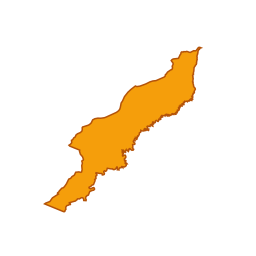 Centro Novo do Maranhão, Maranhão, Brazil, rotated 202°
{"feature_id": "56859067B37138273453889", "entity_name": "Centro Novo do Maranhão", "entity_type": "district", "adm_level": 2, "iso_a3": "BRA", "parent_name": "Brazil", "parent_adm1": "Maranhão", "projection": "orthographic", "projection_center": [-46.631, -3.068], "detail": "fine", "context": "isolated", "style": "filled", "palette": "amber", "viewbox_px": 256, "rotation_deg": 202, "n_neighbors": 0, "source": "geoboundaries", "source_scale": "gbopen_adm2", "svg_char_len": 5865}
<svg xmlns="http://www.w3.org/2000/svg" viewBox="0 0 256 256"><g transform="rotate(202 128 128)"><path d="M138.8,62.6L138.8,66.6L139.0,67.3L139.6,67.9L138.9,68.7L138.8,69.4L139.8,70.9L139.9,71.3L139.2,72.1L139.2,72.8L139.6,73.4L140.7,73.8L140.9,74.1L140.8,74.6L137.1,75.3L135.5,75.9L134.6,75.6L134.3,74.9L133.8,75.0L132.7,76.0L132.9,77.2L134.0,78.0L134.2,78.6L133.8,79.5L132.6,79.4L131.9,80.4L132.1,82.9L128.1,83.8L127.4,84.2L127.0,84.3L126.1,83.9L125.0,84.4L124.2,85.3L123.7,87.7L123.3,87.7L122.2,85.3L121.9,85.6L120.7,85.7L121.0,86.4L120.9,87.8L119.5,88.6L119.5,89.8L119.2,89.9L117.9,89.3L118.2,90.2L116.6,90.6L115.8,91.8L115.6,92.6L116.1,93.5L116.1,94.0L115.4,94.4L115.9,94.7L117.4,94.2L117.6,94.5L117.1,95.2L117.7,96.2L117.8,97.0L118.3,97.0L118.7,96.3L119.3,96.9L119.8,98.2L119.2,99.1L119.0,99.8L119.4,100.9L120.3,101.8L120.7,101.7L121.9,101.1L122.0,100.3L122.2,100.0L122.7,100.2L123.0,100.9L122.8,102.6L123.0,103.1L123.7,102.9L123.7,103.6L123.4,103.8L123.7,104.3L124.0,104.5L124.5,104.1L124.5,104.6L125.2,105.3L124.9,105.4L124.6,105.2L124.0,105.7L122.7,104.7L121.5,104.2L121.1,104.8L121.8,105.8L121.6,107.0L121.4,106.7L120.7,107.1L118.9,106.4L118.9,106.9L119.8,107.3L119.3,108.0L119.0,109.4L118.3,109.6L117.5,109.1L116.0,108.8L114.8,109.6L114.8,110.4L115.4,110.5L116.5,111.5L116.3,112.0L117.5,114.4L116.0,115.1L115.6,115.6L115.7,116.0L116.1,116.6L117.3,116.8L118.0,117.4L118.1,118.0L118.0,118.4L116.7,118.6L116.7,119.0L117.5,119.1L117.8,119.3L117.9,120.8L116.8,120.8L116.0,120.5L115.6,120.9L115.5,121.3L115.7,121.6L117.0,122.3L115.7,122.8L116.1,123.9L116.0,124.4L115.3,124.5L115.2,126.4L115.6,127.8L114.7,128.9L115.2,130.7L114.0,130.5L112.2,131.2L112.6,133.0L112.2,133.8L111.4,133.8L111.7,132.7L111.1,132.1L110.5,132.3L109.8,133.5L108.2,133.3L108.0,133.7L108.4,134.8L110.0,134.0L109.9,135.6L110.9,136.4L110.8,136.8L110.2,137.3L109.1,137.3L108.1,137.7L108.5,139.0L107.7,140.1L106.6,139.0L105.7,139.0L105.9,139.3L106.9,139.8L107.1,140.6L106.0,141.0L105.8,141.3L105.9,141.6L107.2,142.1L107.4,142.7L107.1,143.0L106.7,142.4L105.7,142.9L105.2,142.8L104.9,143.1L104.8,143.5L105.2,144.5L104.9,145.4L104.2,145.8L103.3,145.2L102.5,145.4L102.4,146.9L102.7,147.3L102.7,147.8L101.7,148.4L101.4,147.9L101.1,148.1L100.9,148.6L102.0,149.5L101.8,150.1L100.9,150.4L100.4,150.9L101.7,151.3L101.5,152.2L100.6,152.5L100.1,152.3L98.9,153.5L98.1,153.0L97.8,154.3L98.0,154.7L97.4,155.2L97.1,155.3L96.5,154.1L96.1,153.8L95.7,154.0L96.4,154.5L96.1,155.1L95.6,155.6L95.2,155.7L95.2,155.3L94.4,154.7L94.0,154.8L94.0,155.4L92.9,156.1L93.0,156.6L92.4,157.1L92.6,157.5L92.3,157.9L92.1,158.0L91.8,157.9L91.6,157.3L90.6,157.7L90.8,158.0L90.6,158.6L90.2,158.8L90.0,158.5L89.5,158.7L89.1,158.5L88.7,158.8L89.3,159.7L89.4,160.2L89.2,160.7L88.5,160.2L88.2,160.5L88.5,160.9L88.1,161.8L88.3,162.2L88.8,162.5L88.9,163.1L87.6,163.4L87.4,163.8L87.6,165.0L88.3,165.0L88.8,165.9L88.4,166.2L88.2,166.0L87.8,166.1L88.2,166.9L87.8,166.8L87.4,167.1L87.4,167.5L88.1,167.7L88.2,168.6L88.1,168.8L87.7,168.8L87.2,168.4L86.1,168.6L87.0,170.6L86.8,170.8L86.7,170.5L86.4,170.5L85.9,170.1L84.9,170.7L86.0,172.4L86.1,172.7L85.3,172.9L85.4,174.1L84.5,174.1L83.6,174.9L82.7,174.6L82.6,175.4L82.2,175.8L81.9,176.1L81.7,175.8L81.3,176.0L81.4,176.9L81.1,177.7L80.0,177.1L79.2,177.4L79.5,177.9L79.1,178.4L79.4,178.4L79.9,179.2L80.2,179.1L79.7,179.8L79.3,179.9L79.2,180.2L80.3,181.0L79.9,181.1L79.8,181.5L80.3,181.9L80.2,182.2L80.5,182.5L80.3,183.3L80.6,183.7L80.3,184.0L80.4,185.0L79.7,185.4L79.9,186.2L80.4,186.6L80.1,189.2L80.8,190.1L81.7,190.4L83.0,191.5L83.2,192.2L84.5,193.8L84.7,194.6L85.2,194.7L85.4,195.0L85.1,195.2L85.9,197.0L85.9,197.8L86.3,198.6L86.6,198.7L86.8,199.6L87.1,199.7L87.2,200.2L87.8,200.9L87.5,201.8L87.7,202.1L87.4,202.2L88.1,203.9L88.3,205.4L89.4,208.8L88.9,211.0L89.0,211.3L88.5,212.6L88.6,213.5L89.1,214.4L89.0,214.9L89.5,216.1L89.4,217.2L89.7,217.4L90.5,219.7L91.0,220.3L91.2,222.0L91.1,222.7L91.4,223.3L91.3,223.8L91.8,225.0L91.8,227.1L91.2,227.7L91.4,228.7L90.3,229.7L91.5,229.7L92.4,229.4L93.0,228.6L93.8,225.4L94.4,224.8L96.0,224.3L98.6,221.4L100.0,221.1L101.3,221.2L102.5,220.9L102.9,220.4L104.9,219.7L105.2,219.2L106.8,218.6L107.1,217.8L106.8,216.5L107.1,215.4L107.3,211.5L112.0,208.9L112.8,207.9L113.2,206.7L110.5,205.0L110.0,204.0L110.2,201.8L109.5,201.2L109.4,200.2L109.1,199.9L109.1,199.6L109.2,198.7L110.2,197.8L112.3,194.6L112.8,192.2L113.3,191.6L113.0,189.7L113.6,188.7L119.8,182.4L122.6,180.9L124.9,179.0L128.1,175.4L132.5,171.4L135.3,169.7L136.9,169.7L139.7,164.9L141.4,161.3L143.0,155.8L143.2,150.9L143.7,148.6L142.8,144.0L142.7,142.4L143.1,140.7L143.9,139.2L144.9,137.8L152.2,130.1L153.7,128.7L156.8,126.9L159.7,125.8L162.2,124.2L163.8,122.3L164.0,119.0L164.9,117.0L165.8,115.8L170.5,111.9L170.6,111.2L169.7,109.0L169.6,107.8L170.4,106.0L172.7,103.7L173.6,102.0L173.6,99.9L174.6,98.5L174.9,96.5L175.8,95.4L174.8,93.5L174.8,92.6L175.5,91.0L176.3,89.9L175.2,89.4L164.5,89.4L164.3,88.3L162.3,85.8L159.5,84.4L157.6,82.3L157.5,81.4L158.3,80.6L158.4,80.0L157.1,78.3L156.8,75.8L154.9,72.1L154.6,69.8L155.1,69.2L157.1,68.9L159.9,67.4L160.1,64.2L161.7,62.0L162.3,59.9L163.8,58.4L164.2,53.0L164.9,50.1L165.5,48.5L166.9,47.3L168.2,43.7L168.2,42.9L169.0,41.5L169.0,41.1L167.8,40.7L171.9,34.9L172.9,30.6L176.2,27.5L176.9,26.4L156.5,26.3L155.5,26.7L155.3,27.1L155.5,28.0L155.1,29.3L155.9,30.8L156.0,31.7L155.6,33.2L154.5,34.0L153.9,34.8L152.8,35.4L152.8,35.9L153.2,36.2L154.4,36.4L154.5,36.7L149.3,40.7L148.9,41.7L148.4,42.3L148.4,43.0L148.1,43.5L146.4,44.1L145.5,45.5L144.6,46.2L143.7,46.3L143.2,46.0L142.3,45.1L141.9,44.2L139.7,44.9L139.8,45.7L140.9,46.8L141.3,48.2L140.6,50.0L139.6,51.0L139.7,54.8L137.5,56.9L136.5,57.5L136.1,58.9L137.2,59.9L137.5,59.9L138.5,59.2L139.7,57.7L140.2,57.6L141.4,57.7L141.9,58.3L141.8,58.8L140.7,59.7L140.1,61.4L138.8,62.6ZM119.3,108.0L119.3,107.7L119.2,107.5L118.9,107.6L118.9,108.2L119.3,108.0Z" fill="#f59e0b" stroke="#b45309" stroke-width="1.5"/></g></svg>